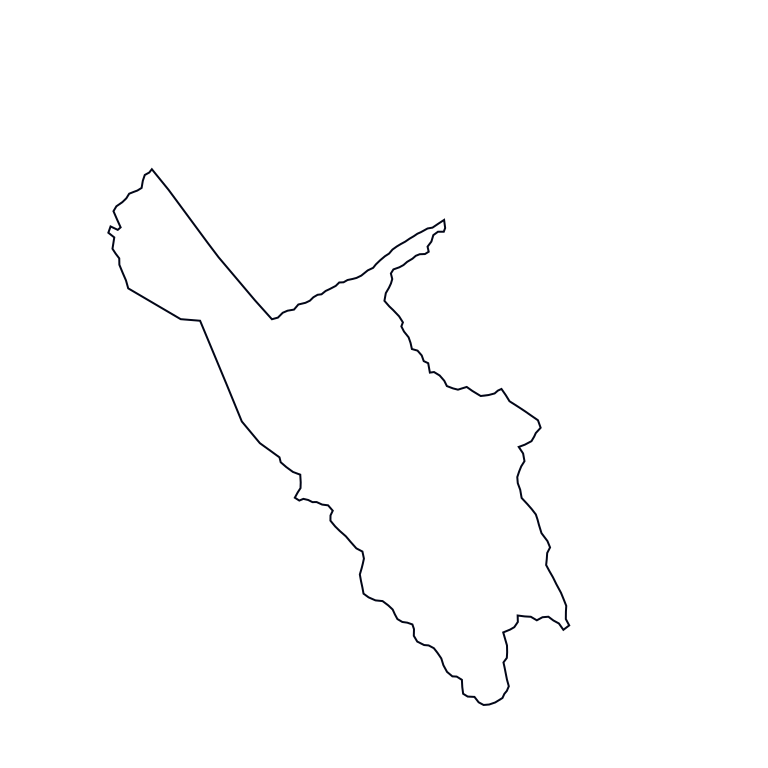 the district of São João do Rio do Peixe, Paraíba, Brazil, rotated 139°
{"feature_id": "56859067B54672156861025", "entity_name": "São João do Rio do Peixe", "entity_type": "district", "adm_level": 2, "iso_a3": "BRA", "parent_name": "Brazil", "parent_adm1": "Paraíba", "projection": "equal_earth", "projection_center": [-38.435, -6.751], "detail": "fine", "context": "isolated", "style": "outline", "palette": "ink", "viewbox_px": 768, "rotation_deg": 139, "n_neighbors": 0, "source": "geoboundaries", "source_scale": "gbopen_adm2", "svg_char_len": 3178}
<svg xmlns="http://www.w3.org/2000/svg" viewBox="0 0 768 768"><g transform="rotate(139 384 384)"><path d="M527.5,98.3L525.9,93.2L521.0,88.5L521.4,81.7L519.4,76.4L514.9,73.1L509.0,70.7L500.6,69.3L496.4,71.2L492.6,71.8L488.1,74.0L485.1,80.3L482.0,85.7L479.0,90.9L476.5,95.5L471.0,96.7L467.0,100.8L462.7,106.0L460.8,110.1L457.0,118.3L449.9,115.9L445.2,115.0L439.1,116.6L435.0,121.6L430.4,116.4L425.9,112.0L423.7,105.4L417.4,104.0L412.6,100.5L411.3,94.4L409.1,88.5L409.9,80.8L402.6,80.3L401.0,87.3L396.1,92.8L392.0,97.0L389.6,103.8L387.4,110.3L385.3,119.7L383.3,127.3L381.9,134.4L380.4,141.0L376.0,145.1L371.7,149.4L365.9,151.7L363.7,158.2L363.0,168.1L359.5,176.0L357.1,180.9L355.0,185.9L354.6,192.4L354.6,199.2L354.9,207.7L350.6,214.8L348.1,221.4L344.5,226.3L339.4,229.3L334.5,231.8L328.6,233.6L324.6,240.3L323.6,248.1L317.5,245.8L310.2,244.1L305.1,245.8L301.6,247.4L294.5,248.2L291.6,255.6L293.7,263.8L295.4,270.6L297.6,278.5L300.6,288.6L299.4,295.8L298.6,303.2L302.4,304.3L306.7,304.3L312.2,307.0L318.9,311.5L321.9,320.9L323.5,327.5L328.0,329.5L331.9,331.2L334.8,335.4L337.9,341.2L336.4,346.9L336.4,353.9L338.4,360.2L341.9,362.5L337.0,370.7L339.0,375.2L336.8,380.8L336.8,387.2L340.0,392.1L337.0,397.6L334.8,403.1L334.5,410.5L333.1,416.1L329.3,418.1L328.2,425.2L328.6,434.0L329.1,439.1L329.1,446.5L323.0,451.4L317.1,453.4L312.8,455.3L308.9,457.8L306.3,462.9L301.7,464.3L295.8,462.0L291.3,461.0L286.4,461.0L280.3,459.9L275.9,459.9L271.9,458.5L267.8,455.2L263.5,454.5L261.0,459.1L254.8,460.4L249.1,464.0L243.4,463.5L239.0,459.7L235.5,461.6L231.0,468.4L237.5,469.3L244.8,470.2L249.1,472.8L252.9,473.6L256.6,474.4L260.2,475.5L264.5,476.0L269.3,476.9L274.6,477.5L279.5,478.6L284.1,479.4L289.4,479.9L294.6,479.1L299.4,479.8L305.7,479.9L311.7,479.6L316.0,478.8L321.7,480.4L330.0,480.7L335.2,482.1L339.0,484.0L343.3,486.4L347.8,487.3L351.2,490.0L356.1,489.7L362.8,491.3L367.0,492.5L372.3,492.7L375.6,494.9L380.4,495.8L385.3,495.5L390.0,496.8L396.5,500.2L403.1,499.2L408.7,502.6L413.7,504.2L420.5,503.7L426.1,506.4L426.5,531.8L426.1,559.4L425.7,588.2L424.5,605.7L419.2,671.9L418.3,698.4L422.4,697.6L427.4,698.7L432.7,695.6L438.3,691.0L443.2,691.8L446.9,693.2L451.5,694.8L456.6,693.2L462.1,692.9L469.4,693.7L474.8,691.9L477.5,683.4L480.0,675.0L483.8,675.0L487.0,682.3L492.8,679.0L491.4,671.6L496.0,667.7L500.2,664.2L501.0,658.5L501.4,652.5L505.5,647.6L508.2,639.6L510.8,631.4L514.3,624.0L494.9,566.3L481.3,552.4L503.3,486.2L515.9,449.0L516.5,420.8L511.0,397.2L513.3,392.7L512.2,385.2L510.4,377.3L506.7,370.5L511.4,364.4L515.3,360.2L520.2,358.8L525.9,356.7L524.4,351.6L520.2,350.2L517.3,346.2L515.5,341.8L512.3,339.1L509.8,333.6L505.8,329.1L505.8,322.0L510.6,319.9L514.1,316.0L514.3,308.5L513.8,302.1L512.7,294.0L512.8,286.2L512.7,278.1L510.2,271.7L513.7,265.4L518.0,262.2L521.6,259.7L527.2,256.1L530.6,250.4L533.8,244.6L537.0,239.2L535.6,233.1L532.4,226.3L527.5,221.1L526.0,214.0L525.4,208.1L526.9,203.1L528.1,197.8L526.3,192.4L523.0,188.6L520.3,183.9L522.2,179.3L526.7,174.4L527.9,167.8L525.0,160.7L521.8,157.4L519.7,151.9L520.0,146.2L520.8,139.3L523.7,132.7L525.3,125.4L524.2,118.5L521.1,115.5L519.3,109.6L523.7,104.0L527.5,98.3Z" fill="none" stroke="#020617" stroke-width="2"/></g></svg>